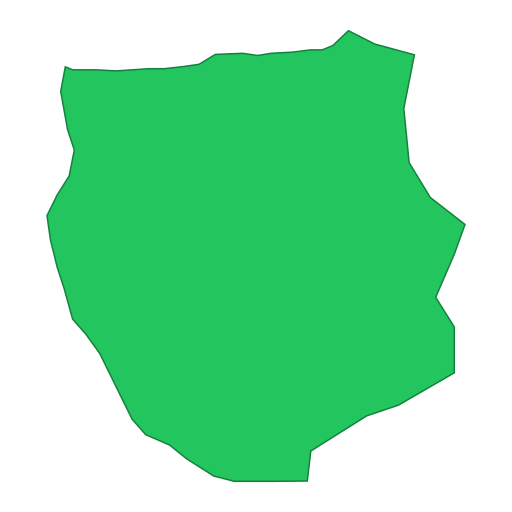 Goufes, Cyprus (Natural Earth projection)
{"feature_id": "46923920B80700863058224", "entity_name": "Goufes", "entity_type": "district", "adm_level": 2, "iso_a3": "CYP", "parent_name": "Cyprus", "parent_adm1": "", "projection": "natural_earth1", "projection_center": [33.693, 35.284], "detail": "fine", "context": "isolated", "style": "filled", "palette": "green", "viewbox_px": 512, "rotation_deg": 0, "n_neighbors": 0, "source": "geoboundaries", "source_scale": "gbopen_adm2", "svg_char_len": 755}
<svg xmlns="http://www.w3.org/2000/svg" viewBox="0 0 512 512"><path d="M414.4,54.8L374.6,44.0L348.4,30.7L332.9,45.5L322.1,49.9L310.1,49.9L292.7,52.1L270.9,53.3L257.8,55.5L242.6,53.3L215.3,54.4L199.0,64.3L183.8,66.5L164.2,68.7L148.9,68.7L132.6,69.8L116.3,70.9L95.6,69.8L72.7,69.8L65.3,66.8L60.7,91.4L67.5,129.3L74.3,150.0L69.2,175.9L57.2,194.9L47.0,215.6L50.4,239.7L57.2,267.3L64.0,288.0L72.6,319.1L86.2,334.6L99.8,353.6L110.0,374.3L121.9,398.5L132.1,419.2L145.7,434.7L169.5,445.0L186.6,458.8L213.8,476.1L234.2,481.3L273.3,481.3L307.3,481.0L310.8,451.0L366.6,415.9L398.5,405.1L454.3,372.8L454.3,327.0L435.7,297.3L454.3,254.2L465.0,224.5L430.4,197.6L409.1,162.6L406.5,135.6L403.8,108.6L414.4,54.8Z" fill="#22c55e" stroke="#15803d" stroke-width="1.5"/></svg>